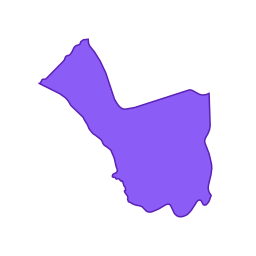 SVG path tracing the border of Sennar, rotated 194°
{"feature_id": "SDN-880", "entity_name": "Sennar", "entity_type": "Region", "adm_level": 1, "iso_a3": "SDN", "parent_name": "Sudan", "parent_adm1": "", "projection": "albers", "projection_center": [34.248, 12.985], "detail": "fine", "context": "isolated", "style": "filled", "palette": "violet", "viewbox_px": 256, "rotation_deg": 194, "n_neighbors": 0, "source": "natural_earth", "source_scale": "10m", "svg_char_len": 2332}
<svg xmlns="http://www.w3.org/2000/svg" viewBox="0 0 256 256"><g transform="rotate(194 128 128)"><path d="M194.8,198.6L194.8,199.8L194.6,200.5L192.6,202.8L188.1,204.5L187.0,201.3L185.6,199.0L185.1,198.4L178.7,193.5L171.1,186.1L162.9,176.1L148.1,152.7L144.8,149.4L142.4,147.3L139.9,145.9L137.6,145.3L135.2,145.6L126.6,149.4L77.9,179.7L76.7,180.1L74.7,180.0L67.0,178.0L65.2,177.9L63.7,178.1L62.2,178.5L60.8,179.1L59.7,179.7L57.7,181.2L48.8,150.0L48.5,145.9L49.0,142.2L50.5,136.6L50.6,134.5L49.8,132.2L42.9,122.4L38.1,112.8L36.9,109.0L36.2,102.7L36.1,91.9L35.7,89.3L35.1,87.6L34.2,86.0L33.4,84.9L31.0,82.7L31.6,76.7L32.3,74.7L33.5,72.5L35.1,71.6L36.5,71.9L39.7,75.4L41.8,75.3L43.2,73.6L46.6,63.6L47.9,61.1L49.5,58.4L51.7,56.5L54.1,55.0L56.9,54.3L59.6,54.7L62.2,56.2L67.8,63.0L69.4,64.0L71.1,63.8L73.1,62.4L78.5,57.0L82.8,53.7L85.0,52.2L86.8,51.6L87.7,51.5L88.6,51.5L89.6,51.7L90.5,52.0L94.9,54.8L95.7,55.1L97.5,55.3L102.4,55.1L105.6,55.6L107.0,56.1L109.8,56.6L110.2,57.4L111.0,58.4L111.1,58.6L111.2,58.9L111.2,60.3L111.4,60.8L111.8,61.5L112.4,62.2L115.3,64.6L115.9,65.4L116.2,65.9L116.2,66.2L116.0,66.4L115.8,66.5L115.4,66.6L115.2,66.9L115.2,67.3L115.9,68.4L116.2,69.3L116.5,70.0L116.9,70.4L117.5,70.6L117.9,70.9L120.2,74.7L120.8,75.3L121.2,75.3L121.6,74.7L122.0,74.8L122.7,75.2L123.9,76.1L124.7,76.4L125.5,76.3L126.7,75.7L127.1,75.7L127.5,75.9L128.1,76.7L128.7,76.9L129.4,76.8L130.2,76.7L130.8,76.7L131.2,76.8L131.5,77.3L131.6,77.7L131.6,78.4L131.4,79.1L131.1,79.7L130.6,80.2L130.1,80.6L129.5,81.0L128.6,81.9L128.2,82.5L128.0,83.2L128.1,83.9L128.2,84.6L128.5,85.2L130.4,88.1L134.1,95.5L139.2,102.2L140.7,103.1L143.6,104.4L146.1,105.2L146.9,105.6L147.6,106.0L148.4,106.8L150.2,109.1L150.7,109.6L151.2,110.0L152.1,110.6L158.4,113.3L159.1,113.5L160.3,113.9L161.9,114.9L164.6,117.0L165.8,118.1L168.2,121.4L171.6,124.6L173.7,127.0L174.4,127.7L188.7,135.9L189.7,136.8L191.5,138.8L193.5,140.5L196.1,142.2L202.6,144.8L224.9,149.7L225.0,149.8L224.1,150.2L223.8,150.4L223.9,150.8L223.4,152.5L223.3,153.3L223.1,154.0L222.4,154.7L221.8,155.0L220.5,155.1L220.0,155.3L219.4,156.0L206.8,177.3L206.1,179.2L206.0,181.1L205.8,182.0L205.2,182.9L204.5,183.5L203.0,184.2L202.3,184.8L201.8,185.6L200.7,188.6L200.0,192.4L199.4,194.0L198.1,195.5L195.6,197.0L195.0,197.6L194.8,198.2L194.8,198.6Z" fill="#8b5cf6" stroke="#5b21b6" stroke-width="1.5"/></g></svg>